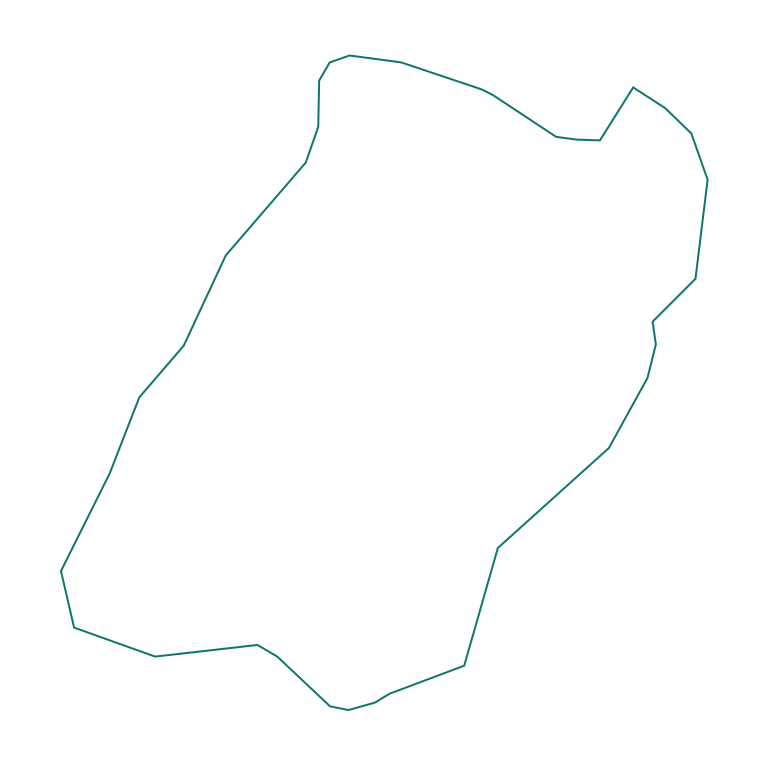 the border of Lovrenc na Pohorju, rotated 2°
{"feature_id": "SVN-235", "entity_name": "Lovrenc na Pohorju", "entity_type": "Municipality", "adm_level": 1, "iso_a3": "SVN", "parent_name": "Slovenia", "parent_adm1": "", "projection": "equal_earth", "projection_center": [15.394, 46.529], "detail": "fine", "context": "isolated", "style": "outline", "palette": "teal", "viewbox_px": 768, "rotation_deg": 2, "n_neighbors": 0, "source": "natural_earth", "source_scale": "10m", "svg_char_len": 585}
<svg xmlns="http://www.w3.org/2000/svg" viewBox="0 0 768 768"><g transform="rotate(2 384 384)"><path d="M338.1,56.9L389.9,62.0L471.4,86.2L482.5,91.3L547.4,131.0L567.7,133.0L591.3,133.0L622.7,78.9L655.5,98.6L682.4,122.9L700.3,168.5L691.6,268.0L650.3,312.3L654.3,335.0L647.1,368.8L611.0,440.1L503.5,543.9L474.0,662.7L400.4,693.3L385.9,702.8L359.7,711.1L341.3,708.0L286.9,660.2L266.6,649.2L164.7,664.4L82.8,638.3L67.7,582.2L113.0,482.9L139.9,405.9L182.5,352.7L221.4,261.0L298.1,165.4L309.3,129.3L308.6,83.1L318.5,64.5L338.1,56.9Z" fill="none" stroke="#0f766e" stroke-width="2"/></g></svg>